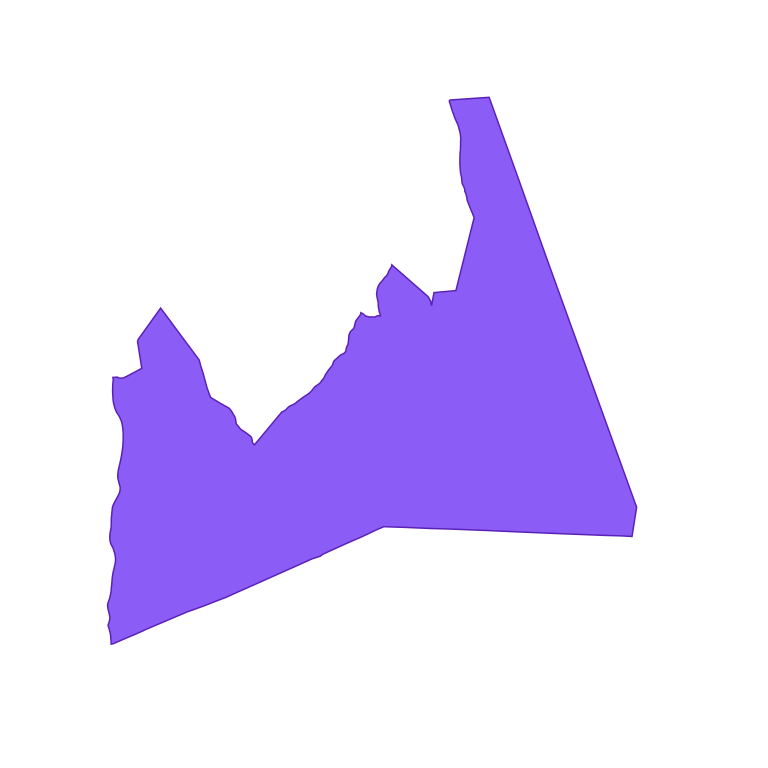 outline of Ijara, North-Eastern, Kenya, rotated 9°
{"feature_id": "3690345B80004125723360", "entity_name": "Ijara", "entity_type": "district", "adm_level": 2, "iso_a3": "KEN", "parent_name": "Kenya", "parent_adm1": "North-Eastern", "projection": "equal_earth", "projection_center": [40.405, -1.432], "detail": "fine", "context": "isolated", "style": "filled", "palette": "violet", "viewbox_px": 768, "rotation_deg": 9, "n_neighbors": 0, "source": "geoboundaries", "source_scale": "gbopen_adm2", "svg_char_len": 6164}
<svg xmlns="http://www.w3.org/2000/svg" viewBox="0 0 768 768"><g transform="rotate(9 384 384)"><path d="M115.2,419.9L115.7,421.4L115.9,422.8L116.3,427.9L116.5,429.5L116.7,430.8L116.8,431.7L116.9,432.6L117.2,434.2L117.5,435.8L117.8,437.1L118.1,438.3L118.4,439.9L119.0,442.4L120.0,445.6L120.5,446.8L121.1,448.0L121.7,449.4L122.2,450.4L123.0,451.7L123.9,453.1L124.5,454.0L125.1,454.6L126.7,456.4L127.3,457.1L128.3,458.5L129.6,460.4L130.3,461.7L131.1,463.2L131.8,465.1L132.3,466.6L132.9,468.4L133.0,468.9L133.8,472.1L134.2,474.1L134.7,477.0L135.2,480.5L135.5,483.7L135.8,486.6L135.9,490.2L135.9,493.2L135.9,496.1L135.8,500.0L135.6,503.0L135.2,508.2L135.1,509.3L135.1,511.3L135.1,512.8L135.2,514.2L135.4,516.4L135.5,516.9L135.8,518.4L136.0,518.8L136.3,519.7L137.1,521.6L138.0,523.9L138.8,525.4L139.2,526.4L139.4,526.8L139.5,527.2L139.7,527.9L139.7,528.3L139.8,529.0L139.9,529.6L139.9,530.8L139.8,532.1L139.7,532.8L139.4,534.2L138.9,535.8L138.6,536.7L138.5,537.1L137.3,540.2L137.0,541.2L136.6,542.3L136.1,543.7L135.6,545.3L135.5,545.8L135.4,546.3L135.3,546.9L135.2,547.6L135.1,548.2L135.1,549.4L135.3,552.3L135.4,554.6L135.6,556.2L135.6,558.3L135.7,559.2L136.0,561.5L136.8,566.8L136.8,567.2L136.9,568.3L136.9,570.2L136.8,571.2L136.8,572.5L136.8,573.3L136.8,575.3L137.0,577.2L137.1,577.7L137.3,579.0L137.5,580.1L137.6,580.6L137.8,581.3L138.2,582.3L138.4,582.8L139.0,584.3L139.4,584.9L140.3,586.1L141.5,587.7L142.4,589.1L143.7,591.9L144.4,593.1L145.0,594.6L145.4,595.8L145.7,596.7L145.8,597.2L146.1,598.3L146.2,598.8L146.4,600.1L146.5,601.1L146.5,601.5L146.5,602.0L146.5,604.2L146.1,609.9L145.9,612.0L145.9,613.3L145.9,617.7L146.5,625.6L146.5,627.5L146.8,630.4L146.9,631.4L146.8,634.1L146.7,636.2L146.7,636.8L146.5,638.7L146.4,639.2L146.3,640.2L145.9,641.9L145.6,643.5L145.6,644.0L145.6,644.9L145.7,646.2L145.8,646.9L146.3,648.4L146.6,649.4L147.6,651.8L148.0,652.6L148.2,653.1L149.1,655.4L149.5,656.6L149.7,657.2L149.8,657.8L149.8,658.4L149.9,659.2L149.9,659.6L149.8,660.9L149.6,662.9L149.3,664.8L149.3,665.3L149.2,665.8L149.5,666.3L149.7,666.7L150.4,667.9L150.8,668.8L151.3,670.0L151.7,670.8L152.3,672.3L152.8,673.5L153.0,674.1L153.7,676.8L154.3,679.4L154.7,680.9L155.0,682.4L155.2,683.6L157.2,682.9L162.2,679.7L169.6,675.0L171.2,674.0L172.8,673.0L175.1,671.6L181.1,667.8L182.2,667.0L183.9,666.0L187.4,663.5L191.8,660.8L197.5,657.2L200.3,655.5L209.4,649.8L211.4,648.5L213.5,647.2L225.6,639.7L240.2,631.7L256.8,622.0L261.3,619.5L269.1,614.3L285.0,604.0L316.8,583.3L332.8,572.9L340.2,568.0L348.1,564.0L349.9,561.9L370.6,548.2L378.1,543.4L385.5,538.7L388.3,536.8L391.0,535.0L393.7,533.1L396.4,531.2L401.6,527.8L403.6,526.6L406.0,525.0L425.8,522.5L429.2,522.1L452.1,519.5L462.9,518.1L473.8,516.7L505.8,512.9L535.2,509.6L570.1,505.6L608.9,501.0L625.0,499.1L641.9,496.9L652.8,495.8L652.8,466.8L652.7,465.9L652.4,465.2L651.8,464.4L526.5,237.1L485.5,161.8L443.0,84.4L405.5,93.0L404.2,93.7L404.6,95.3L405.9,97.8L407.4,101.0L408.1,102.3L408.8,103.6L409.5,105.0L410.9,107.4L412.1,109.8L414.5,113.5L417.0,117.3L417.6,119.0L418.9,121.7L419.5,123.2L420.0,124.5L420.4,125.5L421.4,129.4L421.8,133.1L422.2,135.5L422.5,138.0L422.9,140.7L423.0,143.7L423.3,146.3L424.1,152.1L424.4,154.2L424.9,156.4L425.5,159.3L426.6,163.6L428.2,167.6L428.6,169.2L429.6,172.9L430.3,174.5L430.9,175.2L432.7,177.9L433.3,179.5L433.7,181.1L434.8,182.8L435.3,183.7L435.5,184.2L436.4,186.3L436.9,187.7L437.3,189.3L441.5,196.5L447.1,205.7L446.8,207.6L440.4,280.5L419.1,285.9L418.7,299.2L418.0,297.6L417.7,296.5L417.2,295.3L416.7,294.4L415.6,293.1L414.8,291.9L413.7,290.7L373.1,265.1L373.1,266.1L372.9,267.2L372.5,268.4L371.9,269.8L371.2,271.2L370.6,273.9L370.2,275.2L369.9,276.0L369.7,276.4L369.4,276.8L368.2,278.5L367.7,279.2L366.6,281.4L365.6,283.2L364.7,284.5L364.0,285.7L363.5,287.0L363.2,287.9L362.9,288.9L362.9,289.2L362.6,290.7L362.5,291.8L362.5,292.2L362.6,293.5L362.6,295.6L362.7,296.8L362.9,297.3L363.4,298.7L363.7,299.9L364.1,300.7L364.5,301.9L364.8,302.8L365.4,304.0L365.7,305.0L365.8,306.2L366.4,308.9L367.4,311.4L368.0,313.4L369.4,316.0L369.8,317.2L368.5,317.2L367.5,317.4L366.3,317.9L365.3,318.7L364.5,319.2L363.9,319.4L363.1,319.5L361.3,319.7L360.6,319.7L359.9,320.1L359.1,320.3L358.3,320.0L357.5,319.8L357.2,319.8L356.3,319.9L355.5,319.8L354.3,319.2L352.9,318.3L352.0,317.8L350.0,317.2L350.1,318.3L349.8,319.3L349.3,320.4L348.6,321.7L347.6,323.5L347.1,324.5L346.7,325.4L346.3,326.4L346.1,327.3L345.9,329.6L345.8,331.7L345.5,333.3L345.0,334.4L342.9,337.2L342.3,338.6L342.0,339.9L341.8,341.1L341.8,342.4L342.2,347.6L342.2,349.0L342.2,350.2L342.1,351.1L341.8,351.8L341.4,352.9L341.2,354.2L341.2,356.5L341.1,357.4L340.9,358.0L340.5,358.8L340.0,359.5L339.4,360.2L338.6,360.8L337.9,361.2L337.4,361.5L336.8,362.0L336.0,362.8L331.8,368.0L331.2,368.8L330.7,369.8L330.5,370.7L330.4,372.0L330.3,372.6L330.1,373.4L329.9,373.9L329.7,374.3L327.9,377.4L327.4,378.2L325.6,381.9L324.7,384.0L324.4,385.1L323.9,386.9L323.3,388.3L323.0,388.8L321.9,390.6L321.0,392.4L320.2,393.6L319.2,394.6L316.8,396.9L316.1,397.6L314.5,400.4L313.8,401.7L312.7,403.4L311.9,404.4L310.6,405.7L307.9,408.2L306.9,409.1L303.7,412.3L300.8,415.2L300.3,416.0L299.4,417.0L298.1,418.1L296.7,419.1L295.3,419.9L293.9,421.0L293.1,421.9L290.9,425.0L289.9,425.9L288.7,426.9L287.6,427.4L265.6,464.3L264.8,463.7L263.9,463.1L263.2,462.4L262.9,461.4L262.7,460.5L262.4,459.6L262.0,458.6L261.4,457.4L260.2,456.4L259.2,455.8L258.5,455.4L257.2,454.8L255.8,454.0L254.8,453.5L253.8,453.0L253.1,452.7L252.2,452.3L251.1,451.9L249.9,451.3L248.9,450.6L247.9,449.6L247.1,448.9L245.7,447.7L244.9,447.0L244.2,446.2L243.9,445.2L243.0,442.4L242.5,441.0L241.8,439.8L240.7,438.4L239.8,437.5L238.7,436.0L237.4,434.4L236.1,433.2L235.2,432.5L234.5,432.0L225.2,428.6L214.9,424.4L213.3,421.8L212.2,419.8L211.6,418.6L210.8,417.3L210.3,416.3L209.7,415.2L208.7,413.0L207.8,411.0L206.5,408.0L206.0,407.0L204.3,403.1L203.8,402.0L203.3,400.9L201.0,396.5L200.3,395.1L199.6,393.6L199.2,392.6L197.8,389.3L165.4,357.6L164.5,356.6L155.1,347.5L151.5,344.0L134.4,378.1L133.9,380.5L142.3,406.4L128.4,416.9L127.7,417.3L126.7,418.1L125.8,418.7L124.9,419.0L123.9,419.2L122.7,419.5L121.6,419.6L120.6,419.3L119.6,418.9L115.2,419.9Z" fill="#8b5cf6" stroke="#5b21b6" stroke-width="1.5"/></g></svg>